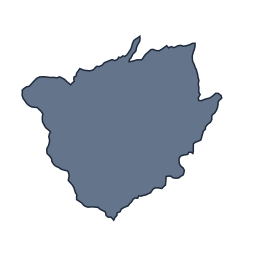 Apiúna, Santa Catarina, Brazil, rotated 79°
{"feature_id": "56859067B74318633317115", "entity_name": "Apiúna", "entity_type": "district", "adm_level": 2, "iso_a3": "BRA", "parent_name": "Brazil", "parent_adm1": "Santa Catarina", "projection": "mercator", "projection_center": [-49.375, -27.12], "detail": "fine", "context": "isolated", "style": "filled", "palette": "slate", "viewbox_px": 256, "rotation_deg": 79, "n_neighbors": 0, "source": "geoboundaries", "source_scale": "gbopen_adm2", "svg_char_len": 3123}
<svg xmlns="http://www.w3.org/2000/svg" viewBox="0 0 256 256"><g transform="rotate(79 128 128)"><path d="M153.7,58.8L145.5,54.7L144.0,52.4L141.4,51.5L139.3,48.7L138.0,45.9L135.7,44.1L133.5,43.8L131.3,43.0L129.9,40.2L127.7,38.0L125.2,36.4L122.4,35.2L119.7,34.6L118.2,33.1L116.6,30.3L114.1,30.4L111.2,32.8L110.7,35.4L112.6,38.5L114.1,41.8L114.3,45.2L114.6,48.0L115.2,50.8L114.5,53.3L111.7,53.2L109.0,50.8L106.3,51.6L104.2,51.3L101.9,50.7L98.9,50.7L96.9,50.2L94.9,49.3L92.6,49.5L90.0,49.5L87.8,49.5L85.6,49.7L83.4,49.8L81.7,50.5L79.6,50.7L77.5,51.1L75.0,51.8L72.6,51.7L69.4,51.1L66.3,49.6L63.5,47.9L60.5,46.6L57.6,46.0L57.2,48.6L58.1,51.8L58.4,55.4L58.2,58.2L56.9,60.5L56.8,63.7L57.6,65.7L57.7,68.1L56.3,70.1L57.1,72.9L54.6,74.3L55.8,77.0L57.1,79.8L58.1,82.8L57.3,85.8L55.6,88.3L55.4,90.5L56.5,92.3L57.7,94.3L59.0,96.6L60.9,98.7L63.7,101.4L63.1,104.4L62.8,106.5L63.2,109.4L63.3,112.2L63.1,114.3L60.9,113.4L59.8,111.7L58.2,110.5L56.5,109.3L55.2,107.3L53.8,105.5L51.6,104.7L49.1,103.4L47.3,101.9L45.0,99.9L42.3,99.1L40.2,98.9L41.3,101.1L42.2,103.6L43.4,105.7L45.8,107.4L48.5,108.7L50.8,110.0L52.9,112.0L54.7,113.7L56.1,115.3L57.2,117.5L56.2,119.3L57.5,121.9L56.7,123.7L58.4,124.9L59.4,128.0L57.8,130.6L58.3,133.2L58.8,135.9L59.4,138.8L61.4,141.4L62.2,144.4L61.5,147.0L62.6,148.8L64.0,150.4L64.5,152.3L64.6,154.9L63.8,157.2L63.0,160.0L60.5,163.9L62.1,165.6L64.4,168.0L67.2,169.2L67.7,171.3L69.6,171.9L71.9,171.9L73.1,174.0L74.7,176.1L72.9,177.4L70.7,179.3L68.4,180.8L66.3,183.2L64.7,185.4L65.2,188.2L64.0,191.7L63.6,194.6L62.6,197.5L61.6,200.9L61.0,204.9L61.7,207.8L62.9,209.7L64.5,212.0L66.5,214.6L68.2,217.0L68.2,219.8L69.4,222.6L70.8,224.7L72.7,224.9L75.7,225.7L79.1,225.3L81.2,224.2L83.5,223.3L85.8,222.0L87.3,220.6L89.0,218.4L89.9,215.6L90.6,213.1L92.7,211.9L94.7,210.3L97.9,208.9L100.5,209.9L102.7,210.4L105.7,210.7L108.5,209.9L110.8,209.2L112.7,208.2L114.7,206.4L117.1,204.8L118.5,206.1L121.3,207.4L124.8,207.3L127.5,208.1L130.2,209.5L132.5,211.4L134.8,212.1L137.6,212.3L141.2,209.9L143.8,208.9L146.4,209.1L150.0,207.6L152.0,205.8L153.7,203.3L155.6,201.7L157.5,198.0L158.8,195.3L161.8,194.8L164.1,195.0L166.3,196.0L168.2,196.6L170.3,195.3L173.3,193.5L176.4,192.5L178.8,192.2L181.7,191.9L183.5,191.0L185.7,191.6L188.5,192.1L190.9,189.5L192.9,187.6L195.0,186.5L196.7,184.9L198.1,182.4L198.4,179.1L199.3,175.6L200.2,172.6L202.1,171.2L203.7,169.3L204.9,167.6L206.3,166.2L209.8,166.2L211.7,164.5L212.3,161.6L215.8,159.6L213.4,157.9L211.7,155.6L209.3,154.9L208.5,151.5L206.3,150.1L205.1,146.6L204.5,142.9L202.8,141.1L201.0,138.4L198.9,136.5L198.0,134.6L198.8,131.9L196.7,130.5L197.4,128.0L197.1,126.0L197.1,123.1L196.4,120.7L195.9,118.2L193.6,116.0L192.4,114.5L192.0,112.3L192.7,109.3L193.9,106.3L192.5,104.5L191.1,102.1L188.1,101.2L185.2,100.4L182.9,99.8L182.9,97.5L183.6,94.8L185.3,93.7L186.4,90.8L186.7,87.6L185.7,85.9L184.5,82.7L182.2,81.5L180.2,80.8L177.6,81.6L175.8,83.2L173.4,84.3L170.0,84.2L167.7,83.7L165.8,82.1L165.2,79.8L165.2,77.3L165.3,74.5L163.5,72.9L163.8,70.6L165.4,69.2L163.4,68.3L161.4,68.0L158.3,67.3L156.1,66.9L154.9,64.9L154.5,62.3L153.7,58.8Z" fill="#64748b" stroke="#1e293b" stroke-width="1.5"/></g></svg>